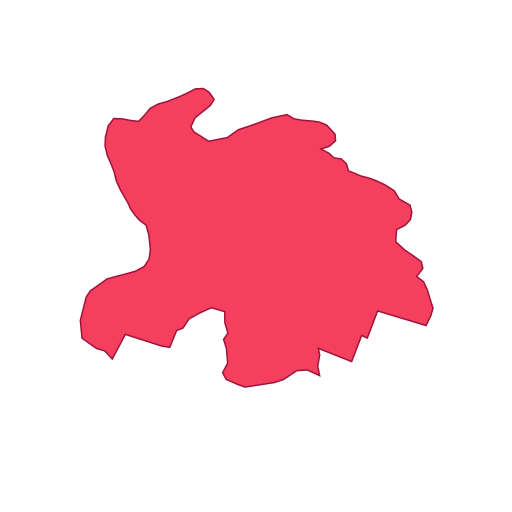 the district of Arroio do Meio, Rio Grande do Sul, Brazil, rotated 201°
{"feature_id": "56859067B31467536479384", "entity_name": "Arroio do Meio", "entity_type": "district", "adm_level": 2, "iso_a3": "BRA", "parent_name": "Brazil", "parent_adm1": "Rio Grande do Sul", "projection": "mercator", "projection_center": [-51.959, -29.357], "detail": "fine", "context": "isolated", "style": "filled", "palette": "rose", "viewbox_px": 512, "rotation_deg": 201, "n_neighbors": 0, "source": "geoboundaries", "source_scale": "gbopen_adm2", "svg_char_len": 1662}
<svg xmlns="http://www.w3.org/2000/svg" viewBox="0 0 512 512"><g transform="rotate(201 256 256)"><path d="M389.0,117.0L377.7,114.0L371.6,112.5L363.3,113.2L353.3,108.3L349.9,136.0L312.0,138.1L303.8,139.8L303.4,157.9L298.3,162.6L296.0,173.2L289.1,181.6L279.2,191.7L265.2,192.8L261.2,182.6L254.6,174.0L256.4,166.6L250.5,159.1L244.1,145.8L245.3,135.1L239.6,130.1L225.9,129.5L219.3,129.7L193.4,144.5L186.1,150.5L176.9,163.5L167.4,168.0L153.7,167.1L158.9,175.3L161.1,186.5L164.7,192.1L128.9,191.7L128.9,219.7L122.7,219.2L122.8,248.3L72.3,252.0L71.4,262.5L72.0,270.7L76.0,275.6L83.7,285.5L90.3,292.0L98.7,294.5L95.8,304.1L99.6,309.9L108.7,312.4L119.4,314.9L130.7,319.4L134.2,331.0L127.7,338.4L124.9,345.5L126.2,352.7L130.5,358.7L137.1,359.7L142.7,360.5L150.2,366.4L160.7,368.6L169.5,369.3L178.1,369.3L187.5,368.2L193.4,368.6L200.1,368.6L204.7,374.5L211.1,377.1L218.5,375.6L224.3,378.0L233.7,379.1L226.9,384.7L223.0,392.0L225.9,398.1L237.2,403.6L244.7,403.7L250.2,402.6L262.4,399.1L269.8,397.7L277.7,399.1L290.7,390.7L303.8,379.1L312.2,372.1L317.8,367.5L325.2,356.3L341.3,346.2L358.4,349.6L363.1,353.1L362.4,363.2L352.6,380.1L351.2,387.2L358.4,392.1L365.2,393.5L372.5,390.3L379.3,382.7L384.2,377.7L389.9,372.4L394.9,367.9L401.8,362.8L407.7,356.0L410.4,347.8L413.8,339.7L421.1,337.7L429.6,336.2L438.0,333.4L440.6,324.7L439.2,313.1L436.4,304.7L431.2,297.0L423.6,289.3L418.3,283.3L413.2,275.9L405.8,268.7L399.6,263.7L394.3,259.4L389.9,254.9L383.2,250.6L377.4,247.6L369.7,245.4L363.7,237.4L356.9,224.1L354.7,214.8L356.6,206.2L363.3,198.4L386.7,181.4L393.3,171.4L398.2,164.1L399.8,156.8L396.9,132.9L389.0,117.0Z" fill="#f43f5e" stroke="#9f1239" stroke-width="1.5"/></g></svg>